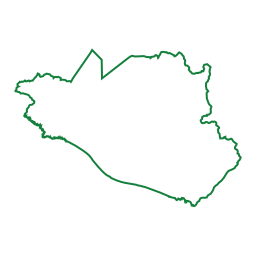 Islay, Arequipa, Peru (orthographic projection)
{"feature_id": "86281439B92685441035465", "entity_name": "Islay", "entity_type": "district", "adm_level": 2, "iso_a3": "PER", "parent_name": "Peru", "parent_adm1": "Arequipa", "projection": "orthographic", "projection_center": [-71.814, -16.98], "detail": "fine", "context": "isolated", "style": "outline", "palette": "green", "viewbox_px": 256, "rotation_deg": 0, "n_neighbors": 0, "source": "geoboundaries", "source_scale": "gbopen_adm2", "svg_char_len": 5701}
<svg xmlns="http://www.w3.org/2000/svg" viewBox="0 0 256 256"><path d="M37.8,73.5L37.5,74.0L37.5,74.9L36.7,75.6L36.0,76.8L35.0,77.6L32.6,80.7L31.1,80.7L29.7,81.4L28.9,80.6L28.3,80.6L27.5,81.1L26.0,81.4L25.7,81.2L25.3,80.6L24.9,80.5L24.3,81.2L22.9,81.8L21.8,81.6L20.7,82.0L19.8,81.8L19.5,82.5L18.9,82.7L17.5,84.1L17.5,85.3L17.9,86.1L18.6,86.5L17.6,86.9L16.5,87.9L16.4,89.7L15.4,90.9L15.9,91.4L17.2,91.5L17.9,91.9L19.5,92.1L20.7,93.5L22.7,93.3L28.1,94.8L29.4,95.9L30.1,97.4L31.5,98.0L32.2,99.8L33.3,100.3L33.8,101.1L34.3,101.3L34.3,102.6L34.1,103.0L32.0,104.7L30.0,104.9L29.2,105.6L28.6,107.3L27.0,109.0L26.8,110.5L27.0,111.8L25.0,113.9L25.2,114.2L24.6,115.1L24.9,115.2L24.7,115.5L25.3,115.5L24.9,115.8L25.0,116.7L25.5,116.8L25.5,115.9L25.9,116.0L26.2,116.6L26.8,116.8L27.1,117.5L27.9,118.0L28.6,117.8L28.8,117.3L29.8,117.3L30.3,118.1L30.1,118.6L30.3,119.0L29.6,119.2L30.1,119.4L29.8,119.9L30.4,119.9L30.5,120.7L30.7,120.9L32.5,121.0L32.8,121.6L32.4,122.1L32.8,122.2L33.2,121.8L34.5,122.0L34.6,122.4L33.7,123.4L34.2,123.7L34.6,123.6L34.5,124.0L35.0,124.4L35.7,124.5L35.9,124.0L36.3,124.2L37.0,124.0L36.8,125.2L37.7,125.8L37.5,125.5L38.1,125.4L38.0,124.9L38.9,124.7L39.5,125.4L39.9,125.0L39.9,125.4L41.0,125.4L40.2,126.6L39.9,126.6L40.0,127.1L40.5,127.2L40.2,127.6L40.7,127.7L40.6,128.1L40.9,128.1L40.9,128.3L41.9,128.7L41.9,129.2L42.1,129.3L41.9,129.6L42.2,129.8L42.1,130.4L42.7,130.6L43.1,130.1L43.4,131.2L43.7,131.1L44.8,132.2L44.8,132.4L43.6,133.3L43.6,133.7L43.3,133.9L43.7,134.1L43.4,134.6L42.6,134.6L42.7,135.0L42.6,135.6L42.9,135.9L42.5,136.6L42.7,137.2L43.3,137.3L43.3,136.9L43.7,136.8L44.6,137.3L44.9,136.8L45.8,137.0L46.2,136.5L46.7,136.5L46.8,136.2L47.5,136.3L47.9,136.2L48.2,136.4L48.7,136.4L49.0,137.0L49.8,137.5L50.1,137.4L50.3,137.1L50.4,137.6L50.9,137.6L51.6,138.5L52.2,138.8L52.5,138.6L52.3,138.3L53.0,138.2L53.0,138.5L53.8,138.7L54.9,138.5L55.1,138.3L54.8,137.4L55.2,137.5L55.5,138.1L56.1,137.7L56.8,138.1L57.0,137.8L56.8,137.3L57.4,138.0L58.0,138.3L58.3,138.1L58.2,137.7L58.4,137.3L58.8,137.8L59.0,137.5L59.7,137.8L60.0,137.2L60.2,137.6L60.3,137.3L60.6,137.5L60.6,138.2L61.1,138.0L61.3,137.6L61.8,137.6L61.6,138.5L61.9,138.8L62.4,138.6L62.9,139.1L63.8,138.6L64.2,138.9L64.5,138.8L64.7,139.8L65.3,139.8L65.3,140.3L65.8,140.3L66.2,141.5L66.8,141.2L69.4,142.4L75.8,145.9L83.1,150.6L86.6,153.2L89.1,155.4L91.1,157.8L92.6,160.1L97.9,166.5L102.3,171.2L104.7,173.5L107.4,175.6L108.2,175.8L109.3,176.6L109.9,176.6L111.0,177.9L116.1,180.2L121.1,181.9L124.9,182.8L136.4,184.8L138.2,185.5L139.8,185.7L145.8,187.3L160.2,192.6L168.2,196.0L169.1,196.9L169.5,196.5L171.6,197.4L175.1,198.1L175.7,199.2L176.6,200.0L177.0,199.6L177.5,199.7L178.3,198.6L179.6,199.5L180.2,199.1L180.4,199.5L180.7,199.2L181.3,199.3L181.8,198.1L182.0,198.2L182.2,198.6L182.6,198.0L183.0,198.0L184.0,198.5L184.2,199.2L184.8,199.7L185.3,202.4L185.8,202.4L185.7,202.1L186.2,201.9L186.4,200.9L187.1,201.3L187.5,200.9L188.4,201.1L190.0,201.8L190.7,202.4L191.4,204.1L191.6,205.0L191.8,204.8L193.0,205.0L193.2,206.0L194.0,205.8L194.5,206.0L196.1,204.7L197.3,202.2L199.3,200.9L199.8,199.3L200.7,198.2L202.7,197.6L204.8,197.8L206.7,197.5L207.8,195.5L210.9,193.6L213.0,190.3L214.0,187.5L214.6,186.8L215.6,185.7L217.2,184.7L219.0,182.6L221.4,180.7L223.9,177.7L226.6,173.2L227.6,171.9L228.6,170.9L232.2,169.4L234.6,168.1L235.0,167.6L235.7,166.2L237.2,165.1L237.8,163.7L237.2,162.8L238.0,162.0L238.3,161.1L239.5,160.1L240.5,158.1L240.6,157.2L239.1,155.9L239.1,155.0L238.8,154.1L237.5,153.5L237.8,151.7L237.3,149.9L235.4,149.0L235.2,148.6L234.9,147.6L235.3,146.6L236.6,144.5L236.6,143.8L233.6,141.7L231.8,139.0L231.1,138.7L228.6,139.7L227.2,139.4L225.6,138.3L225.3,137.8L225.3,136.8L224.1,137.2L223.6,138.1L222.4,138.4L220.3,138.4L220.3,137.7L219.8,136.9L219.9,136.3L219.5,133.8L218.9,133.0L218.3,132.6L218.1,131.4L218.2,130.6L217.9,129.5L218.6,128.5L219.0,128.2L219.1,127.6L218.1,126.4L216.3,125.3L216.2,124.5L216.4,123.1L215.7,122.1L214.4,121.5L213.3,121.9L212.5,121.6L211.7,121.6L209.8,122.8L208.8,123.1L207.3,122.2L205.9,122.0L204.6,122.9L202.4,123.2L201.5,122.6L200.9,121.4L200.7,120.5L201.4,119.5L202.1,119.0L202.2,117.1L203.6,116.1L205.1,115.8L206.7,115.9L206.6,115.2L206.8,114.8L208.4,114.7L209.2,114.4L210.6,113.1L210.9,112.3L210.6,109.2L211.4,106.7L210.9,105.9L209.5,104.7L208.8,103.7L206.9,98.6L206.6,93.2L207.1,92.2L208.2,91.3L207.3,89.9L206.5,89.3L206.0,86.1L206.1,83.2L206.7,82.2L207.9,81.2L208.0,80.3L208.6,79.5L209.0,78.3L208.7,77.6L208.8,77.0L209.9,75.1L210.0,73.4L209.5,72.0L209.5,71.1L209.8,70.6L209.7,69.6L210.6,67.1L207.2,64.2L204.3,64.8L204.0,65.1L203.3,67.2L204.2,68.7L203.3,71.3L203.0,71.4L202.6,71.1L201.7,71.0L200.8,72.4L199.6,72.5L198.4,73.0L197.3,73.0L197.1,72.8L194.1,73.8L192.3,73.5L191.7,73.0L190.7,71.7L189.9,71.4L189.4,70.2L188.8,69.8L189.3,68.0L188.7,66.8L187.2,65.6L185.5,65.3L185.2,64.9L184.8,63.2L185.2,60.8L184.9,59.7L184.1,59.1L183.6,56.3L182.5,55.3L181.4,53.7L179.3,52.4L179.0,52.5L176.5,55.3L174.7,56.4L174.4,56.3L174.2,55.4L169.6,53.0L168.3,53.3L167.1,52.8L166.9,52.4L166.4,52.1L165.5,52.3L163.0,51.8L161.5,52.1L160.8,52.5L160.2,54.4L158.8,56.1L158.5,57.5L158.1,57.9L157.8,56.5L156.6,55.3L155.9,55.1L155.3,55.3L154.8,56.1L153.4,56.7L152.1,56.7L150.5,57.3L151.0,57.6L150.6,57.9L150.4,57.6L150.2,57.9L149.8,57.3L148.4,57.0L146.9,57.1L143.8,56.1L135.1,56.5L132.2,55.8L131.8,55.9L130.1,56.7L127.6,58.5L102.0,78.4L101.7,59.8L92.1,50.0L90.2,53.3L73.0,78.2L70.9,81.9L70.3,81.3L69.6,81.1L66.8,81.3L65.5,80.1L64.8,79.9L62.2,79.7L60.7,80.0L60.7,78.0L58.3,76.8L57.0,77.2L56.2,76.9L54.7,77.0L53.6,78.0L53.5,77.3L52.8,76.5L51.0,75.8L49.9,74.4L47.1,73.8L46.4,73.7L45.9,74.2L44.1,74.7L43.3,76.0L40.9,76.8L40.4,76.8L39.7,76.0L39.6,74.8L39.3,74.3L37.8,73.5Z" fill="none" stroke="#15803d" stroke-width="2"/></svg>